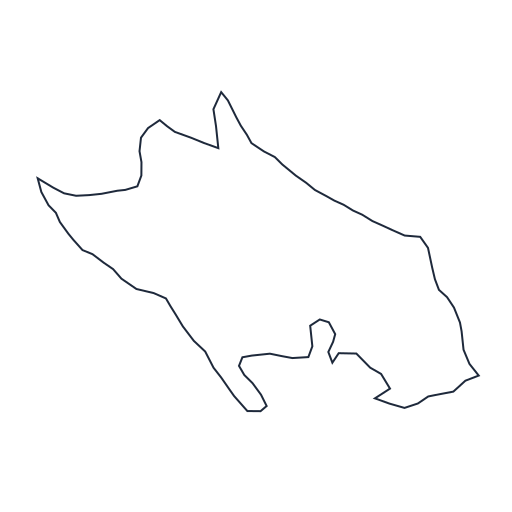 Marathovounos, Cyprus (Natural Earth projection), rotated 354°
{"feature_id": "46923920B63450565530308", "entity_name": "Marathovounos", "entity_type": "district", "adm_level": 2, "iso_a3": "CYP", "parent_name": "Cyprus", "parent_adm1": "", "projection": "natural_earth1", "projection_center": [33.631, 35.217], "detail": "fine", "context": "isolated", "style": "outline", "palette": "slate", "viewbox_px": 512, "rotation_deg": 354, "n_neighbors": 0, "source": "geoboundaries", "source_scale": "gbopen_adm2", "svg_char_len": 1530}
<svg xmlns="http://www.w3.org/2000/svg" viewBox="0 0 512 512"><g transform="rotate(354 256 256)"><path d="M47.0,155.9L49.2,169.9L55.0,183.9L61.5,192.1L64.5,201.7L71.7,214.2L76.1,220.9L84.1,232.0L93.6,237.1L103.8,246.7L112.5,254.1L119.8,264.5L133.6,276.3L150.4,282.2L162.0,288.8L165.7,297.0L170.0,305.8L175.9,318.4L185.3,333.9L195.5,345.7L202.1,362.7L208.6,373.1L215.9,386.4L219.6,393.0L231.2,409.3L244.3,410.8L250.9,406.3L246.5,394.5L239.2,382.0L231.9,373.1L227.6,363.5L231.9,355.3L241.4,354.6L251.6,354.6L259.6,354.6L271.3,358.3L281.5,361.3L297.5,362.0L302.6,351.7L302.6,342.8L302.6,331.0L312.8,325.8L321.5,329.5L326.6,342.0L323.7,349.4L317.9,359.0L320.8,370.1L328.1,361.3L345.6,363.5L357.9,379.0L368.1,386.4L375.4,401.9L359.4,410.0L373.2,416.7L387.8,422.6L401.6,419.6L412.6,413.7L419.9,413.0L438.1,411.5L451.2,401.9L465.0,398.2L457.0,385.6L452.6,370.9L452.6,352.4L451.9,343.5L447.5,328.0L441.7,316.9L434.4,308.8L431.5,297.7L430.0,285.9L427.9,265.9L421.3,254.1L406.0,251.2L394.3,244.5L385.6,239.3L375.4,233.4L365.9,226.0L357.2,220.9L348.5,214.2L339.7,209.1L332.4,203.9L321.5,196.5L313.5,188.4L304.0,180.2L291.7,167.7L285.1,159.6L274.9,152.9L263.3,143.3L259.6,134.5L254.5,124.8L250.9,116.0L244.3,98.3L238.5,89.4L229.0,105.6L229.8,122.6L229.8,144.8L215.9,138.1L203.6,131.5L188.3,124.1L181.0,117.5L174.4,110.8L162.0,117.5L154.0,126.3L151.1,139.6L151.9,150.7L150.4,164.0L145.3,174.3L132.9,176.6L124.9,176.6L108.9,178.0L96.5,178.0L83.4,177.3L71.7,173.6L61.6,166.9L47.0,155.9Z" fill="none" stroke="#1e293b" stroke-width="2"/></g></svg>